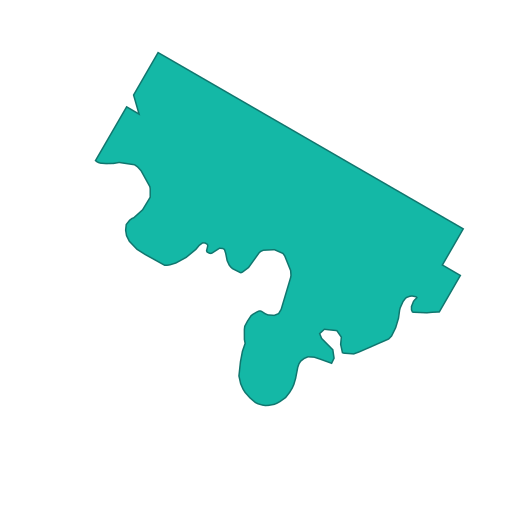 outline of Love, Oklahoma, United States of America, rotated 30°
{"feature_id": "52423323B82795635342125", "entity_name": "Love", "entity_type": "district", "adm_level": 2, "iso_a3": "USA", "parent_name": "United States of America", "parent_adm1": "Oklahoma", "projection": "mercator", "projection_center": [-97.211, 33.894], "detail": "fine", "context": "isolated", "style": "filled", "palette": "teal", "viewbox_px": 512, "rotation_deg": 30, "n_neighbors": 0, "source": "geoboundaries", "source_scale": "gbopen_adm2", "svg_char_len": 1958}
<svg xmlns="http://www.w3.org/2000/svg" viewBox="0 0 512 512"><g transform="rotate(30 256 256)"><path d="M421.9,128.9L69.5,128.8L69.5,177.8L83.8,191.6L69.4,191.5L69.3,253.6L71.0,253.9L73.0,253.8L75.0,253.3L80.0,250.9L86.3,247.1L90.7,243.4L94.3,242.0L105.2,237.7L108.8,238.0L113.8,239.6L115.3,240.5L129.4,249.0L130.8,250.7L135.0,258.0L134.7,272.7L131.0,284.1L129.9,285.4L128.7,288.1L127.9,293.6L130.2,298.8L133.7,303.1L139.0,306.6L149.6,309.7L159.2,310.1L181.5,309.7L184.0,308.2L185.9,306.6L190.1,302.1L196.2,292.1L200.6,280.4L201.5,275.1L203.2,271.3L205.4,270.2L207.6,270.2L208.6,270.6L209.2,271.5L210.6,276.2L211.7,277.0L214.1,276.9L215.5,276.4L216.4,275.5L220.5,267.5L223.5,266.1L225.4,266.1L228.4,268.8L233.3,274.4L237.4,277.3L239.7,278.2L242.0,278.7L250.8,278.2L251.4,277.9L252.3,276.7L255.3,269.7L257.1,251.6L257.8,249.6L259.5,247.3L268.8,241.3L278.1,240.3L280.9,241.6L293.3,251.3L296.0,255.3L296.8,257.4L304.5,289.7L304.4,294.6L301.5,298.3L295.7,301.1L292.8,301.4L288.4,301.2L287.1,301.5L286.1,302.2L284.8,304.0L282.5,308.0L281.6,310.1L281.2,316.6L281.4,322.5L282.7,325.5L287.7,334.1L290.3,337.1L291.9,345.3L295.4,355.3L301.2,368.4L306.6,374.3L311.4,377.8L314.8,379.6L321.8,381.9L328.7,383.2L331.6,383.0L336.3,381.8L338.9,380.8L341.5,379.1L345.9,375.4L347.7,373.1L349.5,370.1L352.4,363.8L353.3,357.2L353.4,352.3L353.0,348.4L351.5,342.2L347.8,331.5L347.1,327.8L347.3,324.7L348.9,320.7L351.4,317.3L357.0,314.5L363.3,313.2L375.1,311.1L374.7,305.5L369.4,298.8L354.1,294.6L349.9,291.4L351.8,285.3L363.3,280.2L370.5,283.6L373.5,290.2L379.2,296.5L380.7,296.2L389.6,291.9L393.2,287.6L412.4,261.5L413.4,257.5L412.8,248.3L410.5,238.6L407.4,231.0L406.8,228.8L406.1,221.9L406.6,217.9L407.2,216.5L409.3,214.0L411.1,212.6L415.0,211.3L416.1,211.5L416.1,212.2L415.4,214.6L415.1,216.5L415.9,222.0L417.6,224.9L419.4,226.2L420.2,226.1L432.3,219.8L436.9,216.5L442.7,212.8L442.7,170.7L421.9,170.6L421.9,128.9Z" fill="#14b8a6" stroke="#0f766e" stroke-width="1.5"/></g></svg>